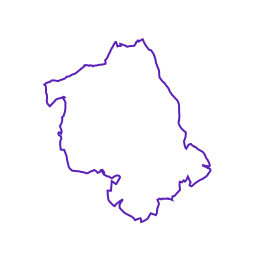 the district of Cozma, Bistrita-Nasaud, Romania, rotated 48°
{"feature_id": "2599482B53910069394437", "entity_name": "Cozma", "entity_type": "district", "adm_level": 2, "iso_a3": "ROU", "parent_name": "Romania", "parent_adm1": "Bistrita-Nasaud", "projection": "orthographic", "projection_center": [24.5, 46.802], "detail": "fine", "context": "isolated", "style": "outline", "palette": "violet", "viewbox_px": 256, "rotation_deg": 48, "n_neighbors": 0, "source": "geoboundaries", "source_scale": "gbopen_adm2", "svg_char_len": 5797}
<svg xmlns="http://www.w3.org/2000/svg" viewBox="0 0 256 256"><g transform="rotate(48 128 128)"><path d="M210.9,143.3L210.6,143.2L210.1,142.7L209.1,141.2L208.6,140.7L209.3,139.4L209.5,139.0L209.6,138.4L209.2,135.6L208.9,131.1L208.1,130.2L204.7,127.8L204.2,127.3L203.6,126.6L202.6,125.5L204.5,124.2L204.2,121.6L205.3,121.5L205.9,121.5L205.7,119.8L205.5,118.9L204.1,116.0L206.3,116.6L207.4,117.1L208.3,117.3L208.7,117.6L210.2,117.7L210.3,117.8L210.8,119.0L211.2,119.9L211.6,120.3L212.0,120.6L212.5,120.5L213.8,119.8L214.0,118.5L213.9,115.9L214.1,114.3L214.3,112.9L214.6,110.7L214.9,109.0L215.2,108.1L215.8,106.9L215.9,105.3L215.9,104.7L216.2,103.8L216.3,102.7L216.3,100.9L216.1,100.2L216.0,99.6L215.7,99.3L215.4,97.2L214.8,95.1L213.7,94.6L212.9,94.4L211.2,95.5L210.8,95.3L210.3,95.7L210.1,95.7L209.9,95.5L209.4,95.8L206.6,97.5L206.2,97.3L205.9,97.1L208.0,95.8L210.6,93.6L210.7,93.0L210.8,92.6L210.6,92.3L210.3,92.1L209.1,91.5L207.6,90.9L205.0,90.2L203.4,90.1L202.9,90.0L202.0,89.9L201.2,89.5L200.6,89.2L200.4,89.1L197.3,88.5L196.4,88.4L194.9,88.7L192.8,89.5L190.9,90.0L190.6,90.2L189.1,90.4L187.8,90.4L187.1,90.7L186.4,91.3L185.2,91.4L184.0,91.9L182.0,91.9L181.5,92.6L181.1,94.0L181.1,94.3L181.4,95.7L181.8,96.7L181.9,97.6L182.1,98.1L182.4,98.5L182.1,98.6L180.7,98.3L179.2,97.7L175.6,95.5L175.4,95.3L175.2,95.1L174.4,93.5L172.9,90.9L170.3,88.3L169.7,87.9L168.2,88.3L164.3,88.6L163.2,88.5L161.2,88.1L159.3,87.7L158.5,87.2L157.4,86.4L156.7,85.7L156.8,85.2L156.7,85.0L154.8,83.3L153.9,82.2L153.0,81.3L150.4,79.4L146.1,75.5L143.9,74.0L142.0,73.3L140.5,72.9L139.5,72.9L136.5,73.0L134.8,72.9L133.6,73.0L132.6,73.1L131.2,72.8L129.1,72.6L128.7,72.4L127.4,72.0L126.4,71.6L124.8,71.3L121.3,71.1L119.5,70.8L118.9,70.8L117.5,71.1L116.3,71.1L114.3,71.0L111.5,70.7L110.0,69.7L106.3,66.7L104.6,65.9L102.7,65.3L98.2,63.5L95.5,61.8L92.6,60.4L91.4,59.9L89.3,59.3L87.0,59.0L85.8,59.0L85.3,59.0L84.9,59.3L84.2,59.9L83.8,60.0L78.7,59.6L75.8,59.0L73.2,58.2L72.0,57.7L71.5,58.6L71.0,62.1L69.6,62.1L69.8,64.8L70.1,64.8L70.9,67.6L71.0,68.5L68.8,71.3L67.8,72.8L67.0,74.3L65.3,74.7L61.1,77.0L60.4,77.5L62.1,78.4L60.8,80.1L60.3,81.2L58.6,80.4L56.0,79.4L55.7,79.6L56.3,82.0L57.3,84.8L57.7,85.8L57.8,86.8L58.2,87.5L58.7,88.9L60.1,91.9L60.4,93.1L61.8,96.1L62.3,98.0L62.3,99.1L62.4,99.8L62.5,99.9L63.0,100.0L63.6,100.3L64.5,101.0L65.2,101.8L64.6,102.9L63.2,105.4L61.9,106.9L60.5,109.5L59.2,111.2L58.4,113.0L57.6,112.9L57.3,113.3L56.4,113.9L56.0,114.3L55.7,114.7L55.8,114.8L55.5,115.2L55.6,115.4L54.1,116.2L52.6,117.8L52.3,118.5L53.0,119.1L52.8,120.4L52.7,122.7L52.5,123.4L52.5,123.6L52.7,123.8L52.5,125.8L52.4,128.2L52.4,129.7L52.2,130.2L52.1,131.2L52.0,131.5L51.0,133.4L50.4,136.5L50.2,137.3L49.6,138.2L48.9,139.0L49.0,140.7L49.0,141.7L48.9,142.1L48.5,142.9L48.3,143.7L46.9,146.7L46.7,147.6L46.4,148.5L46.0,148.9L44.1,150.3L42.5,151.8L41.7,152.8L41.5,153.3L41.5,153.9L41.5,154.4L41.6,155.0L41.2,155.7L41.0,156.2L40.5,156.9L40.4,157.3L40.3,157.9L39.9,158.7L39.8,159.1L39.8,159.5L39.9,160.0L39.7,161.1L40.0,161.1L40.6,161.0L41.3,161.0L41.9,161.2L45.2,163.6L46.5,165.1L47.3,165.5L47.8,165.7L48.7,165.8L48.8,165.9L51.2,167.8L51.7,168.3L52.2,168.9L53.2,169.9L53.6,170.3L55.4,171.3L56.0,171.5L56.8,171.6L59.4,171.6L59.3,170.3L59.5,170.3L59.3,169.1L59.2,167.3L59.1,164.7L59.0,164.4L58.8,164.1L58.6,163.7L58.8,162.8L58.9,161.7L59.6,160.0L60.6,158.2L61.2,156.9L61.5,155.7L61.8,154.9L62.9,154.6L62.7,156.4L64.8,156.7L66.9,157.3L67.4,157.6L69.7,159.8L71.3,161.1L73.6,163.9L74.5,165.2L74.9,166.2L76.1,168.1L75.9,168.7L76.0,170.1L77.0,170.6L78.0,171.4L79.8,173.9L81.0,176.9L81.0,177.3L82.5,177.9L83.3,178.2L84.7,178.8L85.3,179.1L86.5,179.9L87.1,180.8L87.5,181.5L86.9,181.6L86.0,181.4L85.7,181.6L85.3,182.0L85.1,182.3L85.0,182.7L85.2,183.1L85.7,183.7L86.6,184.0L87.3,184.0L89.3,183.5L90.2,183.8L91.0,184.3L91.5,185.0L92.5,187.3L92.8,187.7L93.7,188.1L93.9,188.3L94.3,189.0L94.6,189.4L95.3,189.8L96.7,190.7L97.6,191.4L98.3,192.1L99.2,192.2L99.7,192.1L100.5,191.0L101.5,190.1L104.0,191.0L106.8,192.0L108.1,192.7L110.4,194.3L112.8,195.6L114.3,196.5L115.4,197.0L117.2,198.0L118.0,198.2L119.4,198.3L121.5,198.2L122.1,198.1L122.9,197.5L124.5,196.2L127.1,193.7L128.0,193.0L129.6,192.0L130.3,191.3L131.5,190.4L133.2,189.5L133.9,189.1L134.3,188.6L134.6,187.9L134.9,186.8L135.5,184.1L136.2,183.2L136.3,182.6L136.4,181.4L137.3,181.0L138.0,180.7L138.7,180.6L141.1,180.5L141.7,177.8L141.7,177.3L141.2,176.7L141.1,176.4L141.3,176.0L142.0,175.0L142.6,175.3L143.2,175.3L143.3,175.5L143.1,175.9L142.7,176.3L142.8,176.5L143.1,176.5L143.9,175.8L144.3,175.4L144.6,175.8L144.6,176.4L144.8,176.6L145.4,175.9L146.2,177.0L146.6,176.8L147.1,176.9L147.8,176.6L148.8,176.1L149.4,176.1L150.0,175.8L151.4,174.6L152.9,174.3L154.0,173.8L154.7,173.3L154.7,172.3L154.8,171.7L154.8,170.7L155.3,169.5L155.6,168.4L155.9,167.9L156.3,167.5L157.5,166.7L158.2,166.6L159.0,166.8L159.4,167.1L159.6,167.3L159.7,167.7L159.6,168.1L160.0,168.8L160.4,169.8L160.5,170.4L161.2,172.7L161.7,173.7L161.6,174.5L156.6,175.6L163.2,182.6L161.8,184.0L161.0,185.0L160.9,185.2L163.1,186.9L164.7,188.2L167.8,190.3L169.2,190.8L171.2,190.9L174.2,190.8L176.5,190.6L176.8,190.3L177.2,190.1L177.1,189.8L176.6,188.4L177.0,182.7L177.4,180.4L177.5,180.2L177.8,180.3L177.9,180.7L178.2,181.6L178.4,183.2L179.6,185.9L179.9,186.2L181.9,187.6L184.1,187.6L188.6,187.4L193.7,185.6L196.2,184.6L198.8,184.1L201.3,184.4L201.5,183.6L202.0,182.0L203.0,179.8L203.4,179.1L205.0,179.7L206.6,181.1L207.2,179.9L207.6,178.8L208.4,175.1L208.5,174.1L206.6,168.2L211.4,165.6L210.9,164.5L210.6,163.8L210.5,163.5L210.3,163.2L208.9,161.8L208.2,160.8L207.5,160.2L207.2,159.8L207.0,159.1L206.1,157.6L205.5,156.3L204.8,155.6L202.5,154.6L201.1,154.2L201.5,152.0L203.5,150.8L203.4,149.8L203.9,149.5L206.7,146.2L207.3,145.8L207.1,145.5L207.8,144.9L208.7,144.6L210.2,143.6L210.9,143.3Z" fill="none" stroke="#5b21b6" stroke-width="2"/></g></svg>